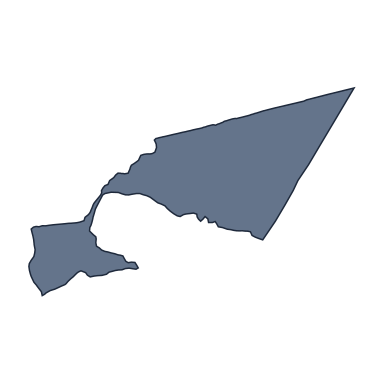 outline of Kuria East, Nyanza, Kenya, rotated 268°
{"feature_id": "3690345B78515474379979", "entity_name": "Kuria East", "entity_type": "district", "adm_level": 2, "iso_a3": "KEN", "parent_name": "Kenya", "parent_adm1": "Nyanza", "projection": "robinson", "projection_center": [34.625, -1.241], "detail": "fine", "context": "isolated", "style": "filled", "palette": "slate", "viewbox_px": 384, "rotation_deg": 268, "n_neighbors": 0, "source": "geoboundaries", "source_scale": "gbopen_adm2", "svg_char_len": 3647}
<svg xmlns="http://www.w3.org/2000/svg" viewBox="0 0 384 384"><g transform="rotate(268 192 192)"><path d="M184.2,93.7L183.0,93.0L182.2,92.6L181.4,92.3L179.3,91.4L177.0,90.3L175.4,89.6L174.0,88.6L172.5,87.1L171.4,85.5L170.4,84.2L168.9,83.7L167.1,83.1L165.8,78.8L165.3,75.7L165.2,74.4L165.1,71.8L165.0,70.5L165.0,67.4L164.7,63.6L164.5,59.9L164.1,52.4L163.7,47.9L163.3,44.6L163.5,41.2L162.6,37.9L163.0,35.0L162.4,32.3L161.5,31.2L160.6,30.0L157.2,30.7L153.6,31.5L150.0,32.1L147.2,32.3L146.0,32.4L145.1,32.4L142.9,32.7L139.9,33.2L136.6,32.7L133.0,31.7L129.2,28.8L126.1,26.9L123.3,26.4L119.4,26.8L115.4,27.7L113.1,28.4L109.6,29.9L107.3,30.9L104.2,33.4L103.5,33.8L100.5,35.9L97.6,38.0L93.7,38.7L94.3,39.9L95.0,41.2L96.3,42.7L98.4,46.8L99.7,51.5L101.4,55.6L102.7,58.6L103.0,59.5L103.9,61.8L104.7,62.9L106.6,64.6L107.3,65.3L109.6,67.9L111.4,70.3L113.4,72.4L115.1,74.3L116.1,75.8L117.1,78.3L115.1,82.9L112.5,84.6L110.7,87.3L111.4,91.2L111.7,94.6L111.8,99.1L112.8,103.7L114.8,106.3L115.5,109.6L116.2,112.4L116.6,115.6L116.7,119.4L117.8,122.6L118.1,126.5L117.4,130.0L116.8,133.4L118.0,135.6L120.9,134.1L123.6,132.5L124.0,129.0L123.6,125.8L125.0,123.5L128.0,121.9L130.5,120.7L131.4,118.0L131.6,116.7L131.9,115.5L133.0,112.7L133.9,109.2L135.0,105.9L135.7,102.8L137.2,99.6L139.4,97.4L141.1,94.7L144.6,94.1L148.4,94.6L150.6,94.3L152.9,91.7L156.5,88.3L157.3,88.3L158.7,88.5L160.0,88.6L162.1,89.8L164.6,90.7L167.2,91.5L169.2,92.0L170.6,92.3L171.3,92.6L173.7,93.4L175.9,94.1L176.6,94.3L177.8,94.7L178.4,94.9L181.5,96.6L187.7,100.1L192.1,102.6L193.5,104.9L194.6,111.2L194.1,118.4L192.6,122.0L191.5,125.4L191.3,128.7L191.9,132.2L192.4,136.3L192.3,139.9L191.0,143.1L189.9,146.7L188.2,150.1L185.8,153.1L183.9,155.5L182.4,157.4L181.0,160.9L179.1,164.5L176.4,166.7L173.7,169.5L170.9,173.0L168.7,176.4L167.9,179.3L169.3,181.9L169.7,182.7L170.2,185.0L170.4,186.9L170.5,188.6L170.6,189.7L170.9,192.7L169.7,196.0L166.9,196.3L164.6,197.6L162.5,199.6L164.5,202.0L167.0,204.2L164.6,206.9L160.9,207.5L160.8,211.4L161.7,214.1L159.5,215.5L156.3,217.1L155.4,221.3L153.6,225.9L153.0,229.5L152.2,232.4L151.7,235.3L151.5,238.3L151.5,241.0L151.3,242.1L151.1,243.5L150.9,246.3L150.2,249.0L146.5,250.5L144.7,253.6L143.2,257.1L141.7,261.0L159.9,274.3L176.0,284.6L190.0,293.2L199.7,298.2L215.2,309.4L233.5,321.1L261.6,339.2L290.3,357.6L284.9,331.7L280.1,309.8L278.9,307.0L273.3,278.7L270.6,266.2L268.6,259.1L268.4,258.0L268.2,257.1L267.8,256.1L267.6,255.1L267.3,253.8L266.8,252.5L266.3,250.5L265.9,248.6L265.3,245.9L264.8,243.6L264.5,241.9L263.8,239.0L264.0,238.0L263.9,236.8L263.7,235.4L263.4,234.0L263.0,232.6L262.7,231.3L262.3,230.0L261.9,228.7L261.8,227.7L261.4,226.5L260.5,225.1L260.1,223.7L259.6,222.5L259.2,221.3L259.0,220.3L258.5,219.2L257.9,217.8L258.4,216.2L258.4,214.8L257.4,210.2L257.2,209.3L256.8,208.4L256.5,207.3L256.4,206.4L256.2,205.6L255.7,204.3L255.5,203.4L255.3,202.3L255.1,201.3L254.7,198.7L254.4,197.2L254.1,195.4L253.8,194.2L253.4,192.5L253.1,190.7L252.8,189.1L252.5,187.9L252.0,184.7L250.9,179.4L250.2,175.5L249.4,171.6L248.6,167.6L248.3,166.0L248.2,165.0L247.9,163.8L247.4,161.0L246.9,159.1L246.7,157.8L245.2,156.2L243.2,157.1L241.1,157.9L237.6,158.1L233.1,156.3L231.9,153.9L231.6,152.5L231.5,150.7L231.6,149.6L231.6,148.2L231.3,145.2L230.4,142.1L228.3,141.0L225.6,139.7L224.2,137.8L222.3,134.9L220.9,132.4L219.1,131.4L216.9,130.7L214.5,129.5L213.1,128.9L212.9,127.9L212.5,125.1L212.9,123.7L212.9,122.3L213.3,120.9L213.4,118.6L211.6,116.3L209.1,114.3L206.3,110.1L202.5,108.3L201.4,105.2L199.3,103.3L196.6,101.6L194.3,101.7L193.3,101.2L192.2,100.6L191.0,99.6L189.3,98.1L187.5,96.5L185.8,95.0L184.2,93.7Z" fill="#64748b" stroke="#1e293b" stroke-width="1.5"/></g></svg>